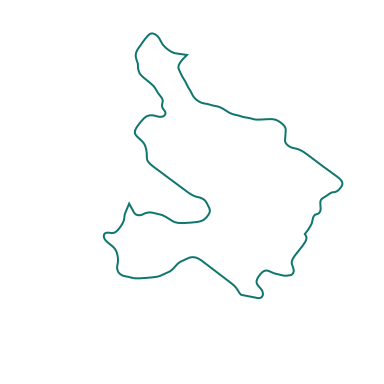 the district of Jamao al Norte, Espaillat, Dominican Republic, rotated 127°
{"feature_id": "3306468B95520457943603", "entity_name": "Jamao al Norte", "entity_type": "district", "adm_level": 2, "iso_a3": "DOM", "parent_name": "Dominican Republic", "parent_adm1": "Espaillat", "projection": "natural_earth1", "projection_center": [-70.445, 19.588], "detail": "fine", "context": "isolated", "style": "outline", "palette": "teal", "viewbox_px": 384, "rotation_deg": 127, "n_neighbors": 0, "source": "geoboundaries", "source_scale": "gbopen_adm2", "svg_char_len": 3724}
<svg xmlns="http://www.w3.org/2000/svg" viewBox="0 0 384 384"><g transform="rotate(127 192 192)"><path d="M244.5,90.8L236.9,75.2L235.6,73.8L234.7,73.3L233.8,73.1L232.8,73.1L231.8,73.4L230.8,73.9L229.2,75.6L228.1,77.7L227.1,82.4L226.4,84.6L225.7,85.6L224.9,86.4L223.9,87.0L222.8,87.4L220.4,87.9L216.8,88.0L213.2,87.5L211.1,86.5L210.2,85.7L209.5,84.6L209.0,83.5L207.5,77.4L203.7,68.6L202.6,66.9L199.8,63.9L198.5,62.8L197.6,62.5L195.8,62.4L193.9,63.2L193.0,63.9L191.6,65.6L189.4,68.9L188.8,69.6L186.9,70.7L184.7,71.3L181.0,71.6L168.1,71.3L163.2,71.6L161.1,72.2L159.3,73.3L158.3,74.9L157.7,76.6L153.0,76.5L148.5,76.9L145.2,77.4L143.2,78.2L139.8,79.8L138.1,80.2L136.4,80.1L135.6,79.8L134.0,78.5L132.6,77.9L130.9,77.9L130.0,78.1L128.2,79.0L124.1,82.5L122.4,83.7L120.5,84.3L118.8,84.1L114.4,82.4L109.6,80.8L108.0,79.9L106.2,78.0L104.6,76.9L103.6,76.5L101.5,76.0L98.2,75.9L96.0,76.3L95.0,76.8L94.1,77.6L93.4,78.6L93.0,79.7L92.5,82.1L92.4,85.9L92.7,102.6L92.7,120.9L92.8,126.4L93.1,129.1L93.6,131.7L94.3,134.0L96.1,138.0L96.8,140.1L97.1,142.4L97.0,144.7L96.4,146.8L95.8,147.7L95.2,148.5L86.4,154.2L84.9,155.6L84.3,156.6L83.8,157.7L83.3,160.1L83.2,162.8L83.3,165.4L83.8,168.1L84.3,169.4L85.5,171.7L87.8,174.8L93.6,181.7L95.2,183.8L96.5,186.0L98.3,190.4L101.3,196.3L102.9,200.8L105.2,205.9L106.2,209.6L106.9,217.7L107.7,221.6L108.6,223.7L110.5,227.7L112.2,232.1L114.2,236.1L115.0,238.1L115.5,240.5L115.7,244.2L115.3,246.7L114.7,248.9L112.3,253.9L110.6,258.3L107.6,264.3L105.5,269.7L102.5,275.3L101.5,277.0L100.8,277.8L99.0,278.8L96.0,279.4L91.5,279.3L85.6,278.5L91.4,289.1L92.2,291.5L92.6,294.2L92.7,296.9L92.6,299.7L92.0,303.7L91.1,306.0L88.9,310.8L88.3,313.0L88.2,315.3L88.3,316.4L88.9,318.5L89.5,319.5L90.4,320.3L91.4,320.8L93.5,321.3L98.2,321.6L109.5,321.3L112.0,321.1L114.3,320.5L115.4,320.0L117.2,318.9L119.3,316.6L122.1,312.5L125.8,309.4L127.7,307.0L128.8,305.1L129.2,303.8L129.6,301.3L129.8,298.6L130.1,290.5L130.5,286.5L131.2,284.1L133.3,279.0L135.1,272.6L136.1,270.9L136.8,270.2L140.7,268.2L141.9,267.2L142.8,265.7L143.8,262.3L144.2,261.5L144.8,260.8L145.6,260.3L146.5,260.1L147.4,260.1L148.4,260.3L150.0,261.3L151.8,263.6L153.9,268.6L155.0,270.4L156.4,272.1L157.3,272.8L159.2,273.9L161.5,274.6L163.9,274.9L167.5,275.2L172.2,275.2L174.5,275.0L176.6,274.6L178.5,273.7L179.4,273.0L180.0,272.0L180.7,269.8L181.5,262.3L182.1,259.7L182.6,258.6L183.8,256.5L186.1,253.6L188.6,251.2L191.8,248.7L193.2,247.3L193.8,246.3L194.5,244.0L194.9,241.5L195.0,237.4L194.7,194.8L194.4,190.6L193.9,188.0L193.2,185.7L191.9,182.8L191.2,180.7L190.9,178.4L190.9,177.2L191.1,176.0L191.8,173.9L194.5,168.4L195.8,166.8L196.8,166.1L197.9,165.6L200.1,165.2L203.6,165.2L207.2,165.9L209.4,167.0L212.4,169.4L216.9,174.2L222.1,180.3L225.1,184.6L226.2,187.0L226.9,189.6L227.6,197.7L228.3,201.7L229.1,203.8L232.3,211.1L233.4,213.0L234.8,214.7L237.1,216.6L239.8,218.0L241.4,219.1L242.6,220.5L243.5,222.3L243.7,223.3L243.7,224.3L243.2,226.2L239.1,235.2L249.0,232.7L251.0,231.9L254.6,229.8L256.7,229.0L260.2,228.4L263.8,228.2L267.4,228.4L269.6,228.9L270.6,229.2L272.3,230.4L272.9,231.1L274.7,234.2L275.8,235.5L276.5,236.1L277.2,236.5L278.1,236.7L279.1,236.5L279.9,236.1L280.7,235.6L281.9,234.0L282.6,232.0L283.0,229.7L283.2,223.6L283.4,221.1L284.0,218.7L285.1,216.4L287.3,213.5L289.9,210.9L292.7,208.9L296.4,207.0L298.1,205.8L298.8,205.0L300.0,203.3L300.4,202.3L300.8,199.9L300.6,197.5L299.9,195.5L298.0,191.6L296.2,187.3L294.9,185.1L292.5,181.9L287.3,175.9L282.8,171.0L280.0,168.3L278.0,166.9L268.6,161.8L265.4,161.0L257.6,160.2L254.5,159.2L246.2,154.7L245.3,154.0L243.8,152.5L242.6,150.6L242.1,149.6L241.4,147.1L241.0,143.2L241.2,106.2L241.4,102.2L241.8,99.7L242.5,97.4L244.0,93.6L244.3,92.4L244.5,90.8Z" fill="none" stroke="#0f766e" stroke-width="2"/></g></svg>